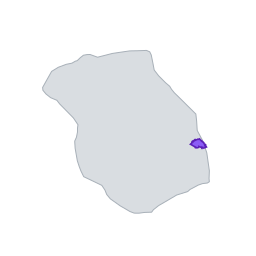 Sephokong, Leribe, Lesotho shown in context, rotated 107°
{"feature_id": "5366337B15377139877013", "entity_name": "Sephokong", "entity_type": "district", "adm_level": 2, "iso_a3": "LSO", "parent_name": "Lesotho", "parent_adm1": "Leribe", "projection": "equal_earth", "projection_center": [28.145, -28.812], "detail": "fine", "context": "in_parent", "style": "filled", "palette": "violet", "viewbox_px": 256, "rotation_deg": 107, "n_neighbors": 0, "source": "geoboundaries", "source_scale": "gbopen_adm2", "svg_char_len": 3566}
<svg xmlns="http://www.w3.org/2000/svg" viewBox="0 0 256 256"><g transform="rotate(107 128 128)"><path d="M162.9,172.6L156.8,174.9L155.9,175.1L152.0,174.6L146.8,175.1L142.7,176.3L139.5,176.8L134.3,183.2L124.9,200.5L122.3,204.1L121.6,210.9L119.5,216.3L116.8,220.4L114.2,221.5L106.3,219.8L96.2,217.6L90.3,212.4L85.1,205.6L82.4,200.6L79.5,197.9L78.5,196.3L74.4,194.0L72.8,192.8L71.5,192.0L69.8,188.7L68.8,185.8L69.2,177.8L66.3,173.0L61.3,164.8L58.1,158.1L53.8,149.0L51.2,141.1L48.4,133.0L48.8,129.5L51.4,127.1L59.0,123.0L64.9,119.9L69.1,114.0L73.7,105.4L76.0,100.2L78.2,97.8L80.7,94.1L84.9,86.0L89.7,76.9L94.8,67.2L101.3,64.4L110.1,61.1L118.6,52.6L128.7,45.4L145.1,37.7L152.7,35.7L155.6,34.5L157.4,36.0L159.4,40.5L162.1,44.2L168.6,50.7L171.3,52.3L177.9,61.9L185.0,68.4L193.2,76.0L198.7,79.8L201.6,80.8L203.9,87.5L206.2,92.5L207.6,97.2L207.3,101.7L204.7,112.8L200.9,124.2L197.8,128.9L194.1,131.9L190.5,136.3L189.1,145.4L187.5,156.1L182.8,160.5L179.1,163.4L174.1,166.9L162.9,172.6Z" fill="#d9dde1" stroke="#a8b0b8" stroke-width="1"/><path d="M125.6,62.5L125.5,62.4L125.4,62.1L125.5,62.0L125.6,61.9L125.7,61.6L125.8,61.4L125.9,61.2L125.9,60.9L125.9,60.7L126.0,60.5L126.1,60.2L126.1,59.9L126.2,59.7L126.3,59.4L126.3,59.2L126.2,59.1L126.2,58.7L126.3,58.4L126.6,58.2L126.8,58.2L127.1,58.1L127.2,57.9L127.2,57.7L126.9,57.6L126.7,57.5L126.7,57.2L126.8,57.0L126.8,56.9L126.9,56.4L127.0,56.2L127.0,55.9L127.0,55.7L127.0,55.8L126.9,56.0L126.7,56.2L126.6,56.3L126.6,56.1L126.4,55.5L126.2,55.2L126.0,54.8L125.8,54.8L125.7,54.7L125.2,54.7L125.1,54.8L124.9,54.9L124.9,54.7L125.0,54.2L125.0,53.9L125.0,53.7L125.0,53.4L125.1,53.2L125.0,52.9L125.1,52.7L125.1,52.4L125.0,52.2L125.2,51.9L125.2,51.7L125.3,51.6L125.2,51.6L125.3,51.5L125.2,51.5L125.3,51.6L125.2,51.4L125.3,51.4L125.2,51.3L125.3,51.2L125.3,51.3L125.4,51.2L125.2,50.9L125.1,50.7L125.1,50.4L125.1,50.2L125.0,49.9L124.9,49.7L124.8,49.4L124.7,49.3L124.7,49.2L124.6,48.8L124.4,48.6L124.2,48.5L124.1,48.4L123.9,48.2L123.7,48.2L123.4,48.2L123.4,47.9L123.2,47.8L123.2,47.7L123.2,47.4L123.0,47.5L122.9,47.8L122.7,48.0L122.6,48.3L122.6,48.5L122.6,48.8L122.5,48.7L122.3,48.5L122.3,48.4L122.3,48.5L122.2,48.5L122.1,48.8L121.9,48.9L121.8,49.0L121.7,49.0L121.8,49.4L121.8,49.5L121.6,49.5L121.4,49.4L121.2,49.1L121.0,49.4L121.0,49.5L121.0,49.9L121.0,50.1L121.1,50.3L121.0,50.5L120.7,50.6L120.5,50.8L120.3,51.1L120.2,51.3L119.8,51.3L119.8,51.5L119.7,51.5L119.6,51.8L119.5,52.0L119.4,52.4L119.4,52.5L119.5,52.7L119.5,52.8L119.3,52.9L119.3,53.0L119.2,53.2L119.2,53.4L119.2,53.5L118.9,53.8L118.7,53.8L118.6,53.7L118.5,53.8L118.7,54.2L118.8,54.4L118.7,54.5L118.4,54.8L118.3,55.0L118.2,55.1L118.2,55.3L118.0,55.5L118.0,55.8L117.9,55.9L117.8,56.0L118.0,56.1L118.0,56.3L117.9,56.5L118.0,56.6L118.0,56.8L117.9,56.8L118.0,56.9L117.9,57.0L118.0,57.1L118.0,57.3L118.2,57.7L118.2,57.8L118.3,57.8L118.4,58.0L118.5,58.0L118.6,58.3L118.8,58.5L119.0,58.8L119.2,59.1L119.3,59.2L119.3,59.3L119.5,59.4L119.6,59.5L119.8,59.6L120.1,60.0L119.6,60.2L119.3,60.2L119.3,60.4L119.3,60.5L119.5,60.7L119.9,60.9L120.2,61.0L120.9,61.6L121.1,61.7L121.2,61.8L121.3,62.0L121.4,61.9L121.5,61.8L121.8,61.9L121.8,61.7L121.9,61.8L122.0,61.9L121.9,62.1L122.1,62.1L122.1,62.4L122.2,62.5L122.3,62.4L122.3,62.7L122.3,62.8L122.6,62.8L122.8,62.8L122.8,62.7L123.0,62.5L123.3,62.7L123.4,62.8L123.5,62.8L123.6,62.7L123.8,62.7L124.0,62.6L124.2,62.8L124.3,62.9L124.4,62.7L124.5,62.7L124.6,62.8L124.8,62.9L124.8,63.0L124.9,63.3L125.0,63.3L125.1,63.5L125.3,63.6L125.3,63.4L125.3,63.0L125.3,62.9L125.5,62.8L125.5,62.7L125.6,62.5Z" fill="#8b5cf6" stroke="#5b21b6" stroke-width="1.5"/></g></svg>